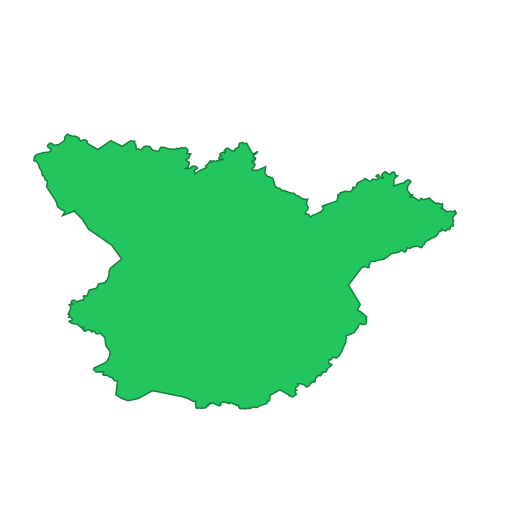 outline of Carácuaro, Michoacán, Mexico, rotated 81°
{"feature_id": "50627088B80711859528483", "entity_name": "Carácuaro", "entity_type": "district", "adm_level": 2, "iso_a3": "MEX", "parent_name": "Mexico", "parent_adm1": "Michoacán", "projection": "equal_earth", "projection_center": [-101.063, 19.0], "detail": "fine", "context": "isolated", "style": "filled", "palette": "green", "viewbox_px": 512, "rotation_deg": 81, "n_neighbors": 0, "source": "geoboundaries", "source_scale": "gbopen_adm2", "svg_char_len": 6104}
<svg xmlns="http://www.w3.org/2000/svg" viewBox="0 0 512 512"><g transform="rotate(81 256 256)"><path d="M378.9,404.9L378.4,394.6L372.9,379.3L383.2,351.2L386.2,345.3L389.8,340.7L390.1,338.0L391.1,338.7L396.4,339.0L397.2,338.3L397.2,335.7L398.1,333.8L397.7,332.8L398.2,330.4L397.4,328.3L396.5,328.0L396.4,326.8L395.7,327.2L395.3,326.0L394.6,326.0L395.0,324.4L394.0,324.5L394.8,321.1L398.1,316.0L398.1,315.1L397.7,314.0L396.0,314.6L395.0,310.9L397.7,305.1L396.9,304.3L396.9,303.1L398.0,302.3L399.4,299.5L400.5,298.7L400.5,297.0L403.7,296.3L404.7,294.6L404.1,293.9L405.3,291.0L404.8,290.8L405.5,287.3L405.0,286.9L405.8,285.0L405.1,284.5L404.6,282.9L405.8,278.4L404.8,276.6L403.2,268.3L401.4,267.5L401.0,265.3L395.8,263.9L391.9,253.4L398.4,245.3L399.4,245.1L401.0,241.6L398.9,237.7L396.0,238.8L394.7,237.9L394.9,237.0L393.4,237.8L391.9,237.2L391.5,235.8L389.8,234.2L388.7,234.7L389.2,231.8L390.7,228.7L393.3,226.5L393.1,224.8L390.0,221.5L389.4,220.4L389.6,217.9L389.3,217.4L385.8,216.2L384.9,214.3L383.3,213.5L384.5,211.4L382.8,209.3L381.3,208.7L381.3,204.7L378.4,203.1L375.4,198.0L374.6,198.4L373.6,201.1L369.9,200.1L370.2,198.4L368.0,195.9L369.2,192.6L367.9,189.8L364.9,187.2L354.6,180.4L353.2,180.6L350.7,179.4L349.4,180.1L348.8,179.8L348.4,176.5L346.9,171.1L343.0,167.0L339.8,164.9L338.9,162.9L340.1,162.0L340.7,159.2L339.3,157.4L336.2,156.7L335.7,157.2L333.6,156.2L327.7,161.1L325.2,164.3L320.1,160.6L299.2,169.2L284.0,153.3L283.4,150.0L284.6,148.2L284.9,146.0L282.6,146.1L282.1,145.1L279.2,143.9L280.0,139.2L279.2,136.3L279.2,130.5L277.0,125.4L274.8,122.4L274.6,114.8L272.9,111.1L275.1,109.1L275.3,107.5L271.4,105.2L272.6,103.0L271.4,99.4L271.6,95.0L273.6,91.7L272.8,90.2L271.0,89.3L270.8,87.8L268.8,87.0L267.1,83.4L267.1,82.0L265.7,79.7L265.4,76.6L264.0,74.3L260.3,71.0L260.5,70.0L259.7,68.4L258.6,68.3L260.4,66.8L260.4,65.0L260.9,64.6L259.6,63.0L260.2,61.0L259.1,59.7L257.6,59.5L257.1,56.5L256.5,56.0L254.7,56.5L252.2,55.4L248.8,55.9L246.1,52.7L245.2,52.6L245.4,51.6L242.6,52.1L242.4,52.6L243.2,52.6L243.2,53.8L242.2,56.9L242.0,61.3L240.6,61.9L237.7,65.4L237.7,64.2L236.7,64.6L236.3,64.0L233.6,63.7L233.7,64.9L232.2,68.5L232.4,70.1L228.0,74.4L225.9,75.3L226.6,81.5L224.9,84.0L226.7,85.8L226.7,86.6L222.1,91.8L222.2,94.4L221.2,94.4L220.9,92.6L220.1,91.9L219.5,93.9L214.4,96.3L210.3,95.0L207.2,91.5L205.8,91.7L204.5,93.9L205.5,96.9L207.2,98.3L206.8,99.9L208.3,109.1L201.4,107.5L199.0,103.7L197.9,106.0L195.7,105.9L194.7,106.5L194.5,108.4L196.5,110.8L196.4,111.5L193.0,115.1L193.5,116.7L195.8,119.2L197.6,119.2L198.2,117.9L199.3,118.8L197.9,121.1L195.0,122.3L194.9,123.8L195.9,124.9L197.8,123.4L199.0,123.2L199.6,124.1L198.3,128.9L199.9,130.4L199.7,132.7L197.0,135.2L196.5,136.4L197.5,137.0L199.5,143.9L200.4,145.0L204.0,146.7L204.2,148.4L203.1,148.9L203.2,149.4L205.8,150.6L206.9,151.8L207.3,153.7L206.0,157.5L206.8,163.0L208.3,163.8L208.3,165.6L211.5,165.9L212.3,166.8L214.3,167.2L217.0,182.7L220.4,182.2L222.4,185.0L224.2,190.6L224.6,194.0L226.1,195.2L225.8,196.3L223.6,197.2L222.4,199.4L222.2,200.8L219.8,200.0L218.4,197.8L216.2,197.0L212.4,198.1L207.8,196.1L208.2,197.7L206.3,201.7L203.2,205.0L202.5,206.8L200.1,208.5L199.2,211.8L195.4,218.8L195.8,219.7L192.8,221.9L192.5,223.8L191.1,225.0L191.0,226.0L181.8,227.3L179.6,230.7L179.3,232.2L175.4,234.4L169.3,232.4L171.5,240.7L170.8,246.2L169.6,246.2L166.3,242.8L164.2,243.0L163.8,244.7L161.8,245.1L161.9,242.7L160.5,242.8L160.1,242.1L160.5,241.6L159.5,241.1L158.9,241.2L158.1,243.0L157.4,243.1L155.9,242.1L154.9,239.8L153.0,237.9L154.4,241.6L154.6,243.5L143.1,247.6L143.3,250.1L141.6,251.5L142.2,254.8L144.5,255.9L145.5,255.6L147.2,260.1L147.9,259.9L148.9,261.6L147.3,265.0L145.2,266.6L145.1,268.5L146.8,270.7L147.9,269.7L149.5,270.9L148.7,271.2L148.3,272.2L149.3,275.4L149.8,275.8L150.5,275.9L151.3,274.7L153.4,277.4L155.1,277.4L155.5,276.4L154.6,274.2L155.3,273.5L155.7,273.9L155.6,276.0L156.5,278.6L155.7,279.8L156.4,281.5L155.3,282.9L155.5,284.4L157.2,285.3L155.7,285.2L154.7,286.1L158.1,289.7L159.0,291.6L160.9,291.0L163.3,299.8L165.7,303.1L165.5,303.6L164.6,303.1L161.8,303.6L160.3,300.1L159.2,300.4L157.7,302.2L157.4,305.0L158.8,306.8L159.2,308.3L158.5,311.9L158.1,311.3L158.1,309.2L153.0,307.1L150.9,309.8L149.8,309.8L148.9,307.0L146.2,305.7L145.1,304.4L143.7,308.6L141.5,306.9L140.2,306.7L137.8,308.9L138.2,310.3L137.4,312.4L138.0,315.8L137.2,317.6L138.0,319.4L136.5,325.5L134.1,330.5L133.8,333.2L137.7,335.9L134.9,341.8L131.4,343.7L130.4,346.3L130.4,349.5L133.1,352.8L133.2,353.8L131.8,355.0L131.8,357.5L127.4,357.3L125.4,358.4L123.8,357.7L122.6,362.1L126.8,371.0L119.4,381.3L126.1,395.6L118.0,405.4L116.3,404.7L114.7,406.4L114.2,408.1L115.1,410.9L114.5,411.6L111.4,412.6L109.2,416.2L109.1,418.1L107.3,421.8L106.2,422.7L106.9,424.4L108.6,426.1L112.1,427.2L115.1,433.3L115.1,438.2L113.0,440.0L112.3,442.1L114.2,444.5L115.4,444.9L118.1,442.0L120.1,441.9L121.0,444.6L120.6,449.3L121.6,457.0L123.3,459.3L127.1,460.4L128.4,458.0L131.0,456.6L134.8,456.1L138.4,454.6L143.2,454.2L143.2,453.6L144.5,452.7L147.5,452.4L149.7,450.2L154.9,452.0L168.3,445.9L171.9,444.6L176.1,444.3L179.5,441.2L182.1,437.7L185.8,440.7L183.1,428.0L184.4,427.7L192.8,421.6L203.2,417.3L222.6,396.9L238.0,389.1L245.4,402.0L247.8,403.3L252.5,404.4L256.4,406.8L257.1,408.1L258.7,409.1L258.9,415.7L262.4,418.2L263.0,419.5L263.4,425.8L269.0,429.3L269.2,430.1L268.3,431.2L268.7,432.9L271.2,432.4L272.8,433.3L272.1,434.2L273.2,440.4L271.2,442.5L271.1,444.6L273.2,446.1L274.7,444.4L275.0,448.2L276.6,447.0L279.6,447.5L284.0,450.6L285.1,449.0L287.2,450.5L287.7,448.6L289.8,447.1L290.8,448.4L291.0,450.6L291.9,450.7L294.2,447.4L295.4,443.4L299.2,439.9L299.5,437.3L300.4,437.6L300.8,438.7L301.4,437.4L302.9,437.9L303.6,435.8L302.8,434.8L302.7,432.7L304.3,430.4L305.5,430.1L305.3,429.3L304.2,429.1L305.3,427.0L307.1,426.6L308.1,425.4L307.9,421.7L313.1,418.0L320.8,418.4L327.8,415.0L332.3,416.4L336.2,419.2L337.7,421.1L341.3,433.4L342.7,434.2L345.8,432.0L345.6,429.8L346.5,427.9L346.4,424.6L347.9,424.9L348.8,425.9L350.0,425.2L350.5,421.8L352.8,419.3L353.6,417.1L356.9,415.3L357.8,412.3L371.1,416.1L375.8,410.6L378.9,404.9Z" fill="#22c55e" stroke="#15803d" stroke-width="1.5"/></g></svg>